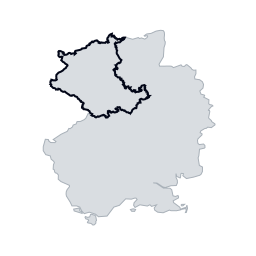 Bayern highlighted on a map of Germany, rotated 167°
{"feature_id": "DEU-1591", "entity_name": "Bayern", "entity_type": "State", "adm_level": 1, "iso_a3": "DEU", "parent_name": "Germany", "parent_adm1": "", "projection": "natural_earth1", "projection_center": [10.676, 48.917], "detail": "fine", "context": "in_parent", "style": "outline", "palette": "ink", "viewbox_px": 256, "rotation_deg": 167, "n_neighbors": 0, "source": "natural_earth", "source_scale": "10m", "svg_char_len": 9552}
<svg xmlns="http://www.w3.org/2000/svg" viewBox="0 0 256 256"><g transform="rotate(167 128 128)"><path d="M110.1,217.0L103.5,213.4L97.6,213.8L96.6,212.6L94.6,212.7L91.6,210.8L88.9,211.9L88.2,213.0L88.4,213.6L91.1,213.7L91.5,214.2L88.7,215.4L84.2,215.0L78.9,216.1L74.4,215.9L71.8,215.0L71.1,213.3L71.4,210.8L72.5,207.6L72.8,205.1L72.3,203.6L73.0,201.3L74.8,198.3L77.5,189.4L83.4,183.2L83.3,181.1L73.2,178.9L71.6,178.3L70.1,176.6L62.1,177.6L61.4,176.0L59.3,175.3L57.1,176.6L56.3,176.4L53.2,172.5L52.5,170.7L51.0,169.5L48.8,169.2L49.6,165.6L51.7,162.9L51.8,160.7L47.3,158.9L45.1,156.3L44.6,153.4L46.0,150.0L49.7,147.9L49.3,144.6L46.2,142.9L46.0,142.3L47.3,141.0L42.8,137.3L43.9,133.5L43.1,132.4L41.0,131.5L40.3,130.4L41.9,130.1L45.6,127.5L45.7,127.1L44.7,126.7L44.6,125.6L47.1,120.1L47.0,119.2L45.1,116.5L45.1,115.5L42.4,112.5L42.5,111.5L46.7,109.6L50.2,110.9L51.6,110.1L53.4,110.2L57.7,108.8L58.8,107.2L57.2,105.8L57.4,104.7L62.3,101.7L63.1,100.2L63.4,97.4L62.8,96.5L62.2,95.8L58.0,95.4L57.0,93.7L57.4,91.6L58.1,91.2L63.1,91.2L65.2,85.1L66.4,83.1L66.9,75.5L64.2,73.2L65.3,68.8L67.2,66.5L68.7,65.8L75.2,65.4L82.4,65.6L85.3,69.2L84.2,71.0L85.9,71.8L86.8,71.5L87.9,68.2L88.5,67.6L91.4,69.9L91.5,72.8L92.3,68.8L91.7,66.1L92.2,63.4L93.9,61.1L99.2,62.1L105.0,61.6L107.1,62.6L112.1,67.8L115.8,68.9L112.9,67.8L107.0,61.5L100.7,59.9L99.3,58.1L99.4,51.8L97.1,50.6L94.5,51.0L94.2,49.6L94.6,48.5L100.3,46.9L100.4,45.1L95.3,39.1L95.1,36.4L99.5,36.5L104.8,37.8L106.1,38.7L112.8,37.5L118.0,39.3L120.4,41.9L120.5,44.1L117.5,46.7L122.7,46.3L123.9,48.3L126.7,47.6L133.7,50.5L139.0,49.0L139.9,51.4L138.9,53.8L135.2,56.3L136.0,57.9L137.2,58.2L140.7,57.9L146.2,59.5L153.7,54.6L159.6,54.1L168.2,46.9L176.8,48.2L179.0,51.3L184.7,54.7L189.9,54.4L191.8,57.7L192.7,61.7L195.7,63.7L200.1,64.7L201.0,68.8L203.3,75.5L203.2,77.5L202.5,79.8L201.1,81.7L198.2,84.0L198.0,85.3L205.4,90.9L207.5,93.8L206.4,97.9L207.5,99.9L208.8,100.6L209.3,101.6L209.3,104.0L210.2,104.7L208.9,109.0L207.5,110.8L207.9,112.3L209.9,114.9L210.0,118.3L214.1,120.5L215.7,124.9L214.8,128.8L211.1,135.6L208.2,134.7L208.3,133.2L207.8,133.1L206.8,131.3L202.5,130.2L201.2,131.1L203.5,133.6L194.5,137.0L187.9,138.4L185.7,140.9L184.5,140.4L181.9,141.5L180.8,143.2L177.6,143.6L176.2,145.7L172.8,145.1L168.7,146.0L166.8,147.1L163.5,151.2L160.7,148.1L160.0,148.1L159.9,149.1L161.5,151.4L162.2,153.3L167.0,156.8L168.1,158.3L165.7,162.1L170.5,169.0L174.0,172.3L176.0,172.2L180.4,176.5L183.3,178.0L185.5,181.0L188.3,181.4L192.7,185.0L193.6,186.2L193.1,190.6L191.0,192.2L187.3,190.8L185.2,196.2L175.9,200.2L173.3,202.6L173.3,203.3L177.1,207.9L177.1,210.0L176.0,212.1L178.7,212.7L179.1,213.8L178.4,218.2L174.4,216.6L173.6,214.2L171.9,213.4L168.0,214.2L162.6,212.2L162.1,214.7L153.0,215.6L146.7,218.0L144.8,219.5L139.8,220.3L138.6,220.2L136.5,217.1L128.0,216.4L126.6,221.0L125.5,222.3L123.0,223.2L123.3,221.1L120.7,220.3L120.6,218.9L118.9,217.5L114.5,215.8L112.6,217.0L110.1,217.0ZM189.5,48.9L190.0,50.5L189.5,51.3L187.4,50.0L185.3,50.0L184.0,52.1L183.1,52.2L179.8,50.3L179.3,49.3L179.5,45.0L180.5,44.1L180.6,42.7L182.4,41.3L184.0,41.3L185.4,43.3L188.5,44.6L188.8,45.2L187.1,46.9L187.5,47.9L189.5,48.9ZM199.1,59.3L199.2,61.2L193.8,61.0L193.3,59.6L193.7,58.2L191.9,56.7L191.9,55.1L199.1,59.3ZM89.1,37.7L87.9,39.6L88.1,36.3L90.2,32.6L91.1,32.7L89.9,34.4L89.7,36.5L94.4,36.7L93.8,37.3L89.1,37.7ZM144.0,48.0L141.1,48.1L138.9,46.9L140.3,45.3L143.1,46.0L144.0,48.0ZM93.6,41.0L92.8,41.5L90.0,40.9L92.1,39.8L93.3,40.1L93.6,41.0Z" fill="#d9dde1" stroke="#a8b0b8" stroke-width="1"/><path d="M160.1,148.0L159.6,148.0L160.2,148.6L160.3,148.9L160.2,149.2L159.7,149.7L161.5,151.2L161.7,151.9L161.6,152.8L161.8,153.2L162.6,153.7L162.9,154.6L166.2,156.1L166.9,156.2L167.2,156.4L167.1,157.4L168.3,158.1L168.1,158.9L167.5,160.0L167.1,159.9L166.9,161.1L165.8,161.7L165.6,162.1L166.3,163.1L167.8,163.9L168.0,164.1L167.8,164.7L168.0,164.8L167.9,165.1L168.8,165.7L169.1,166.8L169.5,167.5L170.3,167.8L170.4,169.0L170.7,169.8L172.4,170.7L173.0,171.9L173.3,172.2L174.9,172.4L175.2,172.4L175.1,172.1L175.4,172.0L176.5,172.3L177.6,173.1L177.9,173.8L178.7,174.5L180.6,176.6L181.1,177.5L181.7,177.8L182.9,177.8L183.5,178.1L184.9,179.5L185.1,179.9L185.2,180.6L185.4,181.0L186.6,181.8L187.1,182.0L187.5,181.3L187.7,181.1L189.2,181.8L189.5,181.7L189.6,182.2L190.1,183.0L190.8,183.5L191.8,183.7L193.2,185.9L193.6,186.2L193.0,187.5L193.7,188.0L193.4,188.2L193.4,188.5L193.4,190.0L192.9,191.1L192.1,191.3L191.8,192.3L190.9,191.9L190.6,191.5L190.0,191.2L187.9,190.7L186.7,191.0L186.4,191.3L186.8,192.4L186.4,193.3L186.3,194.5L185.8,195.9L183.2,197.6L180.6,198.0L178.5,198.7L176.6,200.0L175.2,200.3L174.5,201.2L172.9,202.4L172.9,203.1L173.3,203.6L174.7,204.8L175.3,206.1L176.6,207.1L177.3,208.4L177.8,209.0L176.6,210.7L176.4,211.4L175.9,212.1L176.3,212.4L177.3,212.5L178.4,212.4L179.3,213.3L179.5,214.0L179.5,214.6L179.2,215.2L178.8,215.6L178.9,216.1L178.6,216.6L178.8,217.8L178.1,218.5L177.5,218.3L177.0,218.4L175.8,217.7L174.7,216.7L173.8,216.3L173.6,215.7L173.9,215.1L174.4,214.9L173.2,213.9L173.4,213.5L171.3,213.3L170.2,213.6L169.0,214.4L168.2,214.4L167.2,213.8L166.8,212.9L165.4,213.1L164.2,212.9L163.2,213.2L162.9,212.8L163.2,211.9L162.0,212.5L162.5,213.4L162.6,214.0L162.5,214.4L161.9,215.0L157.3,214.9L155.6,215.2L155.0,215.8L151.1,215.4L150.5,215.9L150.1,217.0L149.8,217.3L148.4,217.6L147.0,217.5L146.1,218.4L146.6,218.6L146.7,218.8L146.5,219.0L145.0,219.3L144.0,220.1L143.6,220.3L143.1,220.2L143.2,219.6L142.8,219.4L140.6,220.4L138.6,220.4L138.1,219.9L138.3,219.6L138.2,219.3L137.2,218.4L136.2,218.0L136.1,217.8L136.9,217.3L136.2,216.9L134.3,217.3L133.9,216.9L130.8,216.1L129.9,216.9L128.9,216.8L128.3,216.5L128.4,215.9L128.4,215.7L127.8,215.7L127.5,215.8L127.8,216.6L127.6,217.8L128.2,218.3L128.3,219.2L127.8,220.2L127.5,220.6L126.7,221.0L126.1,221.9L125.4,222.6L124.1,223.2L122.5,223.4L122.7,222.9L123.1,222.7L123.5,220.8L123.1,220.7L122.3,220.8L122.0,221.1L121.6,221.0L121.0,221.2L120.4,220.0L120.9,219.7L121.0,219.5L120.8,219.2L119.9,218.0L119.3,218.2L119.1,218.1L118.9,217.5L118.4,217.0L118.4,216.6L117.8,216.9L116.7,216.6L116.2,216.8L115.8,216.6L115.7,215.8L115.2,215.5L114.6,215.6L113.6,216.9L113.1,217.1L111.8,217.1L110.7,216.8L111.9,215.4L112.7,215.3L113.2,214.9L113.8,215.0L116.8,213.3L118.5,213.7L120.5,213.2L120.9,213.9L121.1,213.7L121.2,213.2L121.9,213.2L122.0,212.9L121.7,211.1L121.0,210.4L121.1,210.2L121.6,210.1L122.0,209.8L121.5,208.7L121.1,208.5L121.5,207.8L121.6,206.9L121.1,206.1L121.4,205.7L122.0,204.3L122.2,202.9L121.6,201.5L120.5,197.6L119.5,196.1L119.3,196.0L119.1,195.7L120.3,194.4L120.3,194.0L120.7,193.5L122.0,193.1L122.5,193.6L124.4,192.7L124.7,192.1L125.7,192.0L125.5,191.8L125.8,190.8L125.5,190.2L126.0,189.9L126.0,189.7L125.1,189.2L124.7,188.6L124.8,188.3L125.2,187.8L125.7,188.1L126.3,188.1L126.7,188.7L127.9,187.7L128.1,187.9L127.9,188.4L128.0,188.6L129.1,187.9L128.7,187.0L128.1,186.8L127.9,186.5L128.0,185.4L128.4,184.6L128.2,184.1L128.4,182.9L128.1,182.7L128.6,182.5L128.6,182.4L128.0,181.4L126.8,180.3L126.5,179.6L124.8,179.2L124.9,178.8L124.6,178.5L124.6,178.2L124.0,177.9L124.5,177.7L124.7,177.3L124.6,176.8L124.2,176.4L123.8,176.6L122.4,175.4L122.7,175.2L122.4,174.7L122.3,174.2L122.0,173.8L122.6,173.8L122.4,173.0L122.5,172.6L121.9,172.1L121.9,171.3L122.3,170.9L122.9,171.0L122.3,169.7L121.7,169.5L122.1,168.7L121.9,168.2L122.0,167.8L121.5,167.6L121.6,167.2L121.2,167.0L120.7,167.4L120.8,167.8L120.1,168.5L118.3,168.5L118.2,166.8L117.9,166.5L118.0,166.3L117.9,166.1L117.1,166.5L116.9,166.9L116.5,166.9L116.9,166.4L116.9,165.9L117.3,165.3L116.4,164.4L116.3,163.4L115.6,162.6L115.0,162.8L114.3,163.4L113.9,162.6L113.4,162.9L113.3,163.3L112.9,163.4L112.4,163.1L112.8,162.4L112.8,161.5L112.9,161.3L112.8,161.1L111.9,161.4L111.4,161.1L110.8,161.2L109.4,160.8L108.0,161.1L106.8,161.1L106.3,161.5L106.5,161.9L106.3,162.3L107.3,162.6L107.4,163.2L107.7,163.1L107.9,162.7L108.5,162.8L108.3,164.0L108.4,164.3L108.1,164.6L107.5,164.3L105.9,164.8L105.8,165.3L105.2,166.1L102.4,166.2L101.6,165.3L102.4,164.6L102.2,163.4L102.9,163.2L102.8,162.7L103.1,162.0L102.6,161.8L102.6,161.6L103.0,161.0L102.8,160.8L102.2,160.6L102.0,160.3L102.0,159.6L101.6,159.9L100.8,158.0L100.9,156.1L101.3,156.2L100.8,154.6L99.9,154.4L100.4,154.1L100.6,153.3L102.5,152.6L103.3,153.0L103.2,153.3L104.0,152.8L104.1,152.4L104.9,152.2L106.7,152.3L107.6,152.7L108.2,153.4L108.9,153.5L110.1,153.1L110.3,152.9L110.2,152.2L110.5,151.6L110.0,151.3L110.2,150.6L110.1,149.9L110.8,149.9L111.1,150.2L111.9,150.2L113.1,149.9L113.0,149.5L113.3,148.9L114.8,148.2L114.7,147.2L115.4,145.5L115.8,145.4L116.3,145.8L116.9,145.9L119.3,144.9L119.9,144.4L120.7,143.0L122.1,141.9L122.1,142.2L123.4,142.2L123.8,142.5L124.1,143.1L125.9,143.7L126.2,144.4L127.3,145.3L127.2,145.7L127.3,145.9L128.3,145.9L129.2,147.0L130.3,146.9L130.5,147.3L131.0,147.7L131.2,148.5L131.1,149.0L131.3,149.5L131.3,150.0L131.5,150.2L132.8,150.3L133.5,150.6L133.8,149.6L135.0,149.6L135.6,149.8L135.9,149.6L135.8,149.1L135.3,148.9L135.0,148.5L134.4,148.5L133.4,147.8L133.5,146.9L134.2,146.9L134.8,146.2L135.2,146.3L136.5,146.0L136.9,146.3L137.8,146.2L138.6,147.1L138.8,146.8L139.3,146.8L139.8,147.2L141.0,146.7L141.9,147.6L141.5,148.1L141.6,148.3L142.6,149.0L142.9,148.7L143.8,148.9L144.0,148.2L143.9,147.8L144.0,147.0L144.3,146.9L143.9,145.8L143.9,145.2L143.6,144.1L144.9,143.6L145.1,143.2L145.5,142.9L147.1,143.1L147.3,143.5L147.0,143.8L147.0,144.8L147.6,145.2L148.0,145.2L148.2,145.9L149.0,146.4L149.6,146.3L149.8,146.0L150.8,146.2L154.0,145.5L154.7,145.8L154.8,146.1L156.8,145.5L157.7,146.2L157.9,147.1L159.0,147.6L159.9,147.8L160.1,148.0Z" fill="none" stroke="#020617" stroke-width="2"/></g></svg>